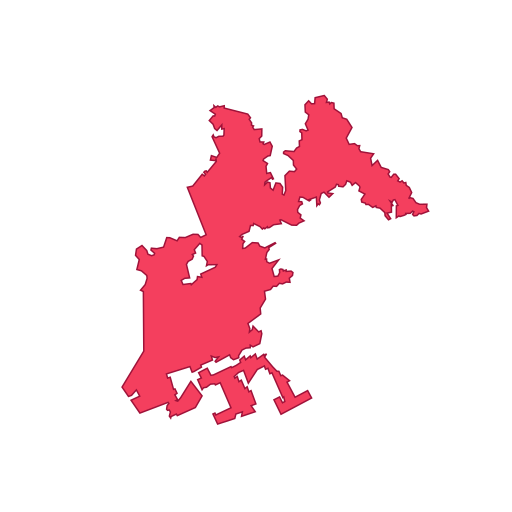 Matías Romero Avendaño, Oaxaca, Mexico (Robinson projection), rotated 245°
{"feature_id": "50627088B25064562283862", "entity_name": "Matías Romero Avendaño", "entity_type": "district", "adm_level": 2, "iso_a3": "MEX", "parent_name": "Mexico", "parent_adm1": "Oaxaca", "projection": "robinson", "projection_center": [-94.977, 17.133], "detail": "fine", "context": "isolated", "style": "filled", "palette": "rose", "viewbox_px": 512, "rotation_deg": 245, "n_neighbors": 0, "source": "geoboundaries", "source_scale": "gbopen_adm2", "svg_char_len": 6166}
<svg xmlns="http://www.w3.org/2000/svg" viewBox="0 0 512 512"><g transform="rotate(245 256 256)"><path d="M347.3,222.8L296.3,219.8L296.2,213.7L300.1,212.5L302.3,208.1L302.6,199.7L305.3,194.4L303.1,190.9L309.0,185.6L310.4,182.9L303.1,176.0L304.5,169.3L307.3,164.5L305.8,163.3L301.3,165.3L300.1,164.1L300.4,161.5L303.3,158.8L307.1,159.3L313.7,157.1L312.8,150.6L307.5,147.1L302.1,148.7L294.1,142.3L291.0,145.9L284.5,148.8L281.8,147.9L276.9,143.5L273.8,136.9L271.4,138.9L217.2,114.1L193.8,79.2L182.6,81.1L182.3,84.3L185.2,91.0L178.1,91.4L178.1,81.8L162.7,84.4L160.5,114.5L159.2,114.7L157.9,112.2L154.9,110.2L153.5,110.6L153.1,112.3L150.8,112.5L147.5,109.8L145.2,110.2L146.4,111.2L146.4,117.0L144.6,117.2L144.3,137.0L152.0,148.0L169.9,144.0L159.4,127.8L157.5,123.7L158.8,122.3L159.0,124.2L164.5,123.8L164.9,126.4L169.8,126.4L170.0,124.9L182.4,127.0L182.7,124.3L187.0,125.0L183.7,149.4L177.7,149.0L177.5,150.9L178.3,159.6L180.5,159.8L180.1,172.6L184.2,173.2L181.2,176.1L180.4,179.5L177.9,174.5L176.6,174.9L177.6,190.3L174.5,190.1L171.5,191.8L171.1,197.4L173.0,198.1L176.7,203.6L176.8,207.9L175.3,212.0L177.6,213.1L174.9,214.9L175.0,222.4L183.1,228.4L186.1,229.0L186.1,226.3L193.7,223.7L190.8,221.5L189.8,217.8L192.7,219.7L198.3,220.2L201.5,235.8L207.1,237.8L212.9,246.4L220.5,248.8L219.5,255.0L221.4,258.8L219.8,261.8L221.4,265.6L219.5,268.3L219.6,272.4L217.8,275.7L221.8,276.8L222.9,280.8L225.4,282.5L227.5,281.4L229.3,276.8L230.6,277.4L230.9,274.4L232.4,274.7L233.7,273.1L233.8,271.5L230.9,270.4L228.5,267.3L229.7,263.8L237.9,265.2L242.9,274.9L243.7,265.2L246.3,263.3L248.8,264.3L249.1,263.1L254.6,267.3L256.3,270.7L258.2,271.1L259.2,279.1L260.0,278.9L259.6,267.4L263.4,263.6L266.9,263.4L269.7,258.3L267.7,249.5L268.5,247.1L272.7,249.4L274.0,251.9L277.2,250.1L279.6,252.9L278.9,250.8L280.5,249.4L281.5,252.2L281.3,260.1L286.0,263.9L284.8,266.3L286.5,267.6L280.9,272.1L277.7,273.1L278.2,274.9L276.9,275.5L277.7,278.7L276.6,278.5L276.1,280.2L276.9,285.2L274.6,292.6L278.5,292.8L278.4,293.9L268.9,301.4L266.7,305.8L267.7,308.8L267.6,314.4L271.7,312.1L274.3,314.1L277.9,312.3L280.5,313.2L283.3,316.9L283.6,320.1L285.9,320.4L287.4,317.6L290.9,320.7L289.3,323.4L283.4,327.5L283.7,329.0L284.7,328.4L283.9,335.6L275.9,332.4L277.0,334.4L275.7,335.1L276.9,336.8L280.0,337.1L285.1,341.5L285.1,344.6L278.4,347.0L280.1,351.9L282.7,347.8L283.8,347.9L285.0,357.0L287.0,359.3L285.9,360.8L284.3,360.4L281.9,364.1L283.1,367.5L285.8,370.1L282.9,372.8L279.4,373.0L280.5,377.2L275.9,379.3L274.4,379.3L271.5,376.8L266.1,380.9L262.8,375.3L260.2,374.6L257.8,377.4L256.2,377.4L255.2,379.8L250.7,382.3L250.8,385.9L249.2,385.5L247.0,388.6L240.9,391.1L237.9,390.0L232.8,391.4L232.9,393.8L239.5,392.9L238.5,397.3L245.1,400.3L243.3,401.6L249.2,400.7L247.3,402.2L248.7,404.1L248.4,405.7L241.9,406.0L242.1,404.4L231.4,399.3L231.9,402.4L230.9,403.2L230.3,407.3L230.3,409.5L231.3,409.7L229.5,413.8L230.5,417.0L229.4,417.8L227.5,415.5L225.6,416.1L224.7,419.0L225.7,421.7L224.3,423.4L223.7,431.4L227.8,431.0L230.7,432.8L233.7,426.2L236.7,423.5L241.8,422.6L243.8,420.2L243.4,418.6L247.7,423.9L253.3,423.9L256.5,422.0L259.3,422.8L259.7,420.9L262.4,420.2L262.1,417.8L264.2,416.2L265.6,418.4L271.1,417.1L271.9,415.4L270.1,411.8L270.9,410.8L274.5,410.4L275.9,412.8L278.4,412.4L283.4,406.9L291.3,406.6L288.9,399.4L296.2,401.2L298.9,405.8L306.3,394.9L309.7,394.6L312.2,396.6L313.2,394.4L316.2,392.8L317.8,387.6L324.7,387.6L331.9,397.3L341.6,396.0L344.8,392.6L349.2,393.3L356.4,389.0L361.6,391.2L363.3,389.1L362.6,387.1L364.6,387.3L365.4,384.7L368.0,386.9L372.6,385.7L374.5,376.5L369.3,373.5L370.5,370.6L374.4,369.3L372.4,364.3L365.6,361.5L361.7,363.5L358.0,361.0L355.0,356.6L348.1,356.4L348.2,354.3L351.1,351.6L351.7,349.2L350.2,348.4L348.3,349.5L342.0,346.8L342.0,343.8L336.9,341.7L336.7,338.4L334.6,334.6L339.0,327.0L338.5,324.9L337.2,324.3L333.5,327.5L326.8,330.2L322.6,328.4L317.6,329.6L316.2,326.5L318.8,322.1L316.6,316.2L302.7,310.6L299.4,307.1L301.0,306.0L307.1,309.2L311.6,308.4L313.8,304.9L308.4,299.3L311.5,297.8L316.5,299.6L318.1,297.7L316.8,293.9L319.1,295.3L319.7,297.4L320.5,303.2L318.6,303.4L318.6,304.4L325.5,304.3L326.3,300.6L333.1,303.0L334.9,305.5L339.5,302.7L340.7,303.9L341.6,309.0L341.0,311.3L348.6,317.1L353.4,316.8L353.6,310.5L354.8,309.8L356.0,311.2L357.7,307.8L361.0,308.5L362.3,311.9L368.7,315.0L371.3,307.8L374.3,307.4L374.9,308.7L376.6,307.2L378.5,308.3L382.8,307.6L383.6,309.4L388.1,308.5L403.5,289.7L405.6,290.7L406.6,285.9L408.2,284.7L407.7,282.4L410.0,281.4L408.2,280.8L407.2,275.8L401.7,279.1L400.3,277.7L401.1,276.4L398.5,270.9L393.5,272.8L389.0,272.4L386.2,273.7L389.3,280.4L385.5,278.6L384.9,281.0L379.1,278.0L378.5,276.6L380.2,273.0L380.1,269.8L381.8,268.2L383.8,268.4L382.7,266.6L364.5,266.5L361.9,262.1L365.8,258.0L362.2,255.2L359.5,259.7L361.4,261.0L358.5,260.0L352.4,247.1L354.2,246.9L354.5,245.4L353.9,244.1L351.4,244.9L350.4,243.0L352.8,241.8L346.1,228.2L347.3,222.8ZM258.6,185.3L261.0,177.8L265.5,177.9L265.9,182.0L264.2,186.6L277.8,189.4L279.8,192.2L280.1,196.8L282.3,199.3L284.3,198.9L284.2,202.5L287.8,202.7L291.2,210.4L288.8,211.7L278.9,207.3L277.6,208.7L271.6,209.6L268.1,207.0L268.3,209.0L264.7,216.9L263.0,214.4L263.0,198.3L259.6,197.9L262.1,194.3L259.5,192.6L257.3,185.2L258.6,185.3ZM128.8,233.7L136.9,229.7L137.0,227.9L141.8,228.0L142.8,226.2L148.4,224.3L160.7,221.0L162.9,224.2L162.4,221.3L163.6,221.4L162.1,213.5L167.5,214.0L166.0,208.3L167.9,208.5L166.3,202.7L170.2,203.0L168.6,197.3L166.0,197.1L165.2,191.7L165.1,186.8L166.3,186.6L166.2,167.2L166.9,164.7L174.9,164.4L174.5,154.7L168.5,154.9L168.6,150.9L157.6,150.6L158.8,152.7L158.0,155.7L159.1,160.6L157.6,164.6L156.3,164.7L156.3,170.0L129.0,169.2L128.9,152.4L131.0,152.4L131.0,150.2L119.9,150.2L117.7,168.1L121.3,171.0L120.5,177.8L116.8,175.1L115.2,189.5L122.4,188.3L122.0,193.4L136.1,194.6L135.9,192.1L141.2,192.7L140.5,189.9L149.7,190.2L149.3,187.4L154.7,188.1L154.2,185.2L156.0,185.3L157.8,191.0L157.6,196.4L144.0,195.3L152.6,209.2L152.8,217.1L149.3,216.8L149.2,219.4L143.4,218.8L143.4,221.1L116.3,220.5L116.6,221.6L111.9,220.6L111.8,218.0L118.3,217.8L118.1,211.5L102.0,211.8L103.8,246.4L112.2,245.9L111.5,231.7L128.6,230.8L128.8,233.7Z" fill="#f43f5e" stroke="#9f1239" stroke-width="1.5"/></g></svg>